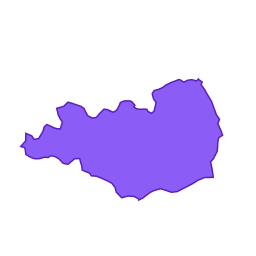 outline of Anafotida, Larnaca, Cyprus, rotated 108°
{"feature_id": "46923920B49620686054742", "entity_name": "Anafotida", "entity_type": "district", "adm_level": 2, "iso_a3": "CYP", "parent_name": "Cyprus", "parent_adm1": "Larnaca", "projection": "robinson", "projection_center": [33.461, 34.81], "detail": "fine", "context": "isolated", "style": "filled", "palette": "violet", "viewbox_px": 256, "rotation_deg": 108, "n_neighbors": 0, "source": "geoboundaries", "source_scale": "gbopen_adm2", "svg_char_len": 1790}
<svg xmlns="http://www.w3.org/2000/svg" viewBox="0 0 256 256"><g transform="rotate(108 128 128)"><path d="M193.1,95.5L190.0,92.2L187.2,90.4L182.3,86.9L179.4,83.9L175.7,78.2L175.6,73.1L175.7,66.8L173.2,61.4L168.7,57.0L162.5,50.8L160.6,49.1L155.9,45.1L151.5,40.0L148.6,31.7L146.8,32.5L140.8,35.5L134.6,39.0L130.9,37.3L122.8,36.0L118.8,36.8L113.7,38.2L109.3,38.7L105.6,35.8L101.8,38.8L96.2,43.8L91.3,43.7L88.2,48.0L84.8,50.6L81.1,53.5L76.9,56.8L70.8,63.8L67.5,67.3L64.3,71.8L61.3,71.7L60.1,75.8L59.7,76.2L62.1,77.3L62.3,82.2L64.1,86.0L67.2,89.1L66.1,92.9L66.3,94.8L68.7,97.6L71.7,101.4L75.8,105.5L78.9,107.6L82.0,111.1L84.3,114.7L87.8,115.6L92.2,112.9L95.2,109.1L104.0,108.4L106.6,110.1L106.2,114.0L104.4,115.8L105.0,118.5L106.4,122.0L107.1,125.5L106.2,128.9L104.2,128.5L102.2,131.7L101.5,133.7L102.5,137.5L103.4,139.9L106.1,143.1L109.9,143.4L113.7,144.0L115.8,145.2L117.6,147.1L116.9,153.2L117.4,156.6L123.0,159.5L126.3,160.7L128.0,161.7L129.5,165.0L128.9,169.7L127.3,171.7L123.1,175.8L121.9,179.3L121.9,185.2L121.8,188.6L122.0,193.1L127.3,195.9L131.3,201.9L137.2,198.3L140.5,195.0L142.5,192.3L149.9,192.1L150.6,195.5L150.7,198.8L150.1,202.4L149.8,206.2L152.6,208.0L157.8,207.9L163.8,209.3L165.5,209.7L167.9,213.7L165.1,217.2L165.0,219.3L164.8,222.4L164.6,223.3L164.6,223.5L168.9,222.2L171.7,221.3L178.7,224.3L178.8,223.2L178.4,221.0L179.4,219.5L184.7,217.0L186.0,211.4L186.0,206.9L184.5,202.7L181.5,198.2L180.8,194.9L178.6,193.1L177.9,191.4L177.8,187.9L178.8,183.9L181.5,179.1L181.5,176.2L180.8,173.6L179.4,172.8L173.6,169.1L172.0,164.4L175.2,162.6L178.1,160.4L182.3,158.4L182.8,150.6L184.8,148.1L183.6,143.1L184.0,136.5L184.8,130.5L185.5,126.3L188.5,122.0L192.7,119.2L196.3,112.4L192.7,107.0L191.2,100.9L192.2,95.7L193.1,95.5Z" fill="#8b5cf6" stroke="#5b21b6" stroke-width="1.5"/></g></svg>